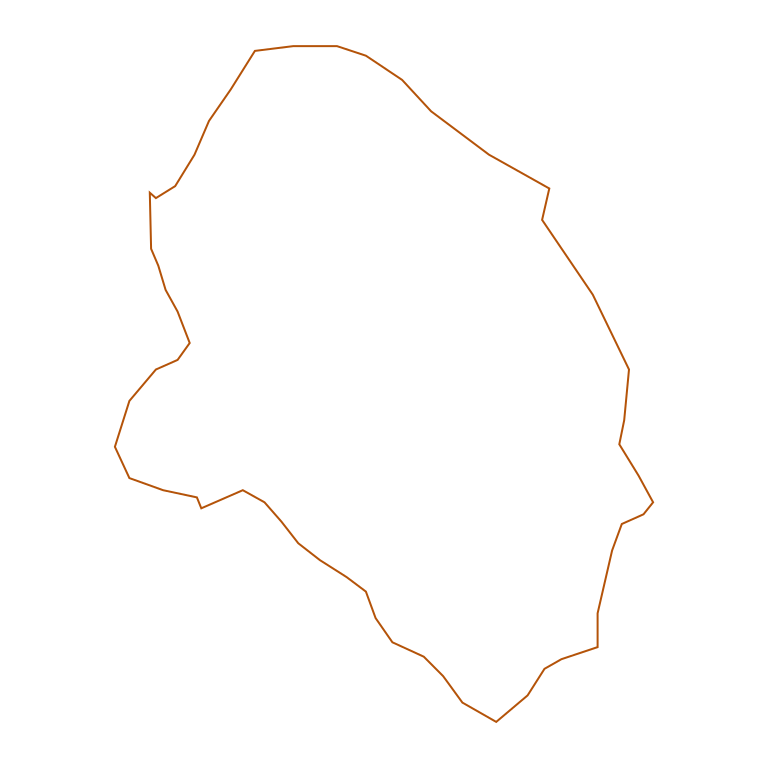 the district of Gurye-gun, South Jeolla, South Korea
{"feature_id": "91817680B46219646335198", "entity_name": "Gurye-gun", "entity_type": "district", "adm_level": 2, "iso_a3": "KOR", "parent_name": "South Korea", "parent_adm1": "South Jeolla", "projection": "mercator", "projection_center": [127.492, 35.226], "detail": "fine", "context": "isolated", "style": "outline", "palette": "amber", "viewbox_px": 768, "rotation_deg": 0, "n_neighbors": 0, "source": "geoboundaries", "source_scale": "gbopen_adm2", "svg_char_len": 805}
<svg xmlns="http://www.w3.org/2000/svg" viewBox="0 0 768 768"><path d="M149.8,192.7L151.1,248.8L158.3,265.7L165.6,289.9L177.6,311.6L189.7,343.0L177.6,359.9L155.9,369.5L129.4,400.9L114.9,446.8L129.4,478.1L163.1,490.2L196.9,497.4L201.3,508.3L242.8,490.2L264.5,502.3L281.4,521.6L298.3,543.3L320.0,560.2L346.6,577.1L365.9,591.6L375.6,618.1L392.4,642.3L423.8,656.7L443.1,676.1L447.2,681.7L462.4,702.6L496.2,721.9L527.6,695.4L544.5,668.8L561.4,659.2L597.6,647.1L597.6,613.3L612.1,550.5L621.8,524.0L643.5,514.3L653.1,502.3L638.6,475.7L619.3,444.3L624.2,420.2L629.0,369.5L592.8,294.7L542.1,219.9L549.3,188.5L489.0,154.7L431.1,111.3L402.1,79.9L365.9,55.7L336.9,46.1L293.5,46.1L254.9,50.9L230.7,89.5L209.0,120.9L194.5,154.7L175.2,186.1L155.9,198.1L149.8,192.7Z" fill="none" stroke="#b45309" stroke-width="2"/></svg>